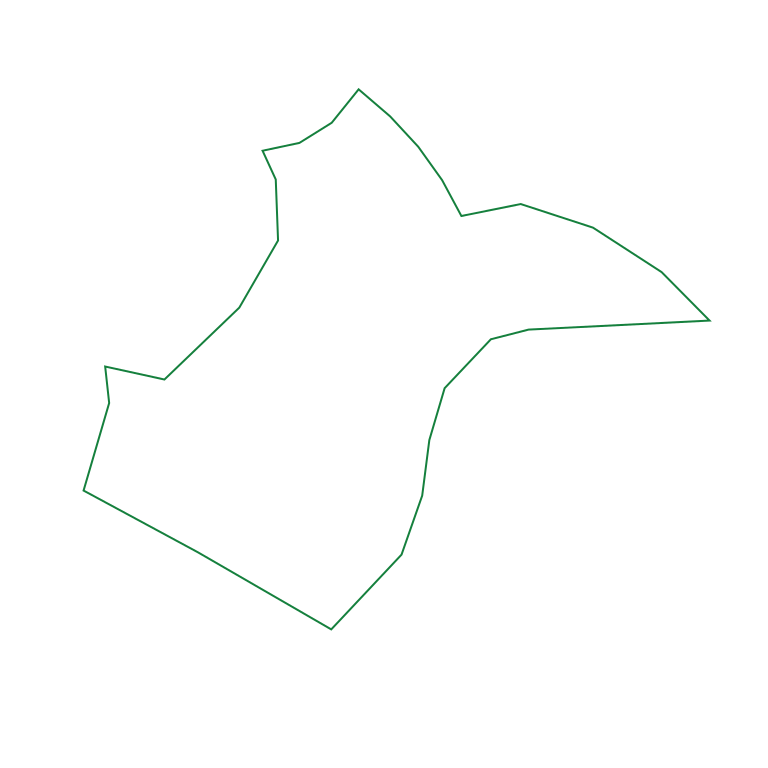 an SVG outline of Saint George, rotated 210°
{"feature_id": "GRD-5072", "entity_name": "Saint George", "entity_type": "Parish", "adm_level": 1, "iso_a3": "GRD", "parent_name": "Grenada", "parent_adm1": "", "projection": "mercator", "projection_center": [-61.72, 12.057], "detail": "fine", "context": "isolated", "style": "outline", "palette": "green", "viewbox_px": 768, "rotation_deg": 210, "n_neighbors": 0, "source": "natural_earth", "source_scale": "10m", "svg_char_len": 502}
<svg xmlns="http://www.w3.org/2000/svg" viewBox="0 0 768 768"><g transform="rotate(210 384 384)"><path d="M605.8,525.3L577.8,550.5L559.9,584.1L553.3,626.5L512.4,618.8L473.0,606.6L435.6,589.6L401.0,568.2L355.6,608.2L281.2,623.9L199.5,619.7L133.8,601.7L286.0,503.4L313.8,476.2L329.4,410.7L316.7,358.1L295.1,306.4L283.5,245.0L307.0,145.1L460.9,145.2L590.9,141.5L612.5,230.1L634.2,259.7L576.4,278.1L547.5,377.8L547.5,455.3L580.0,507.0L605.8,525.3Z" fill="none" stroke="#15803d" stroke-width="2"/></g></svg>